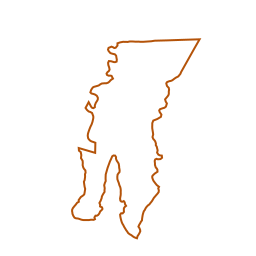 the district of Maracanã, Pará, Brazil, rotated 195°
{"feature_id": "56859067B55214548795281", "entity_name": "Maracanã", "entity_type": "district", "adm_level": 2, "iso_a3": "BRA", "parent_name": "Brazil", "parent_adm1": "Pará", "projection": "natural_earth1", "projection_center": [-47.491, -0.804], "detail": "fine", "context": "isolated", "style": "outline", "palette": "amber", "viewbox_px": 256, "rotation_deg": 195, "n_neighbors": 0, "source": "geoboundaries", "source_scale": "gbopen_adm2", "svg_char_len": 4094}
<svg xmlns="http://www.w3.org/2000/svg" viewBox="0 0 256 256"><g transform="rotate(195 128 128)"><path d="M160.1,207.1L159.5,204.9L160.7,202.3L162.0,201.7L163.2,202.1L165.0,202.3L166.0,201.5L167.5,200.4L167.6,198.5L166.5,197.2L165.4,196.5L164.4,195.8L162.2,195.7L159.8,195.8L158.2,194.8L157.2,192.6L156.5,191.2L156.2,189.2L157.4,188.3L158.7,188.0L161.6,188.1L163.8,187.7L164.1,185.8L163.3,183.7L161.8,181.5L160.9,179.6L161.3,177.9L162.2,176.8L162.8,175.0L162.1,173.9L160.3,173.5L158.7,174.0L157.4,174.1L155.3,171.8L156.6,170.4L157.4,169.2L158.0,167.9L159.0,166.6L160.5,165.6L162.1,165.2L164.8,164.2L166.2,162.9L166.9,161.9L167.9,161.1L171.6,158.9L172.5,158.0L173.4,155.5L173.6,152.7L172.3,151.9L169.9,151.9L168.6,151.8L166.5,151.1L165.0,149.5L164.6,148.1L164.7,146.8L165.6,144.0L165.9,141.4L165.4,139.5L166.6,138.2L167.8,138.2L169.0,138.9L172.7,142.8L173.4,139.7L174.2,136.4L172.4,134.9L170.3,133.8L168.5,133.7L166.6,133.2L164.6,130.4L164.1,128.8L164.0,127.0L163.9,124.8L164.1,122.0L164.6,119.5L164.9,117.0L165.1,114.7L165.2,112.2L164.9,110.1L163.9,107.9L163.0,107.0L161.3,106.0L159.8,105.6L157.6,105.5L155.7,105.3L153.3,95.5L170.4,95.9L169.5,93.4L167.4,92.5L166.1,89.8L165.6,86.7L164.4,85.6L163.3,84.5L162.6,82.4L162.2,80.4L161.2,78.6L160.1,77.3L158.2,76.0L157.4,73.8L157.6,72.3L156.8,69.7L156.4,66.4L156.7,64.7L155.7,62.3L154.7,60.0L153.6,58.1L153.4,56.3L153.2,54.4L153.1,52.6L153.7,51.5L154.5,50.5L155.7,49.1L156.5,47.0L157.0,45.6L156.4,44.0L157.8,42.6L158.7,40.3L159.4,38.9L160.5,36.4L160.8,34.6L160.5,33.2L159.9,32.0L159.4,30.7L158.0,28.9L156.4,27.5L154.8,27.3L153.0,27.6L151.8,27.6L149.7,27.4L148.4,27.4L146.9,27.6L145.8,27.9L144.0,28.4L142.0,28.9L140.3,29.7L139.0,30.1L137.4,30.4L136.3,31.4L137.3,33.0L136.7,34.9L135.4,35.2L134.3,36.3L133.6,38.0L133.3,40.2L132.2,41.9L131.7,43.2L132.5,44.6L134.7,45.0L135.0,46.6L136.2,48.2L135.6,50.6L135.3,53.5L135.5,55.1L135.2,56.6L134.7,58.5L134.1,60.2L134.6,61.8L134.9,63.8L136.2,66.6L136.1,69.1L135.8,71.0L136.5,73.1L136.9,74.7L137.5,77.4L137.4,84.2L137.0,88.7L136.8,91.0L136.3,93.8L135.9,96.6L134.9,97.7L133.3,98.0L132.0,96.8L131.7,95.3L130.5,93.6L129.1,92.4L127.9,91.3L127.3,90.2L126.6,88.5L126.2,87.2L125.6,86.1L125.0,84.5L124.8,83.2L125.4,82.0L126.0,80.3L125.7,78.1L125.0,75.8L124.0,74.3L122.8,72.7L121.5,70.5L120.2,68.9L119.5,67.6L118.9,66.1L118.4,64.0L118.0,62.7L117.7,61.2L117.6,59.9L117.4,57.8L116.6,55.9L115.4,55.2L114.2,55.4L113.2,56.3L112.0,55.4L111.1,53.6L109.7,52.3L110.7,50.9L111.2,49.4L110.8,47.7L110.2,45.9L111.1,44.1L112.5,43.9L113.2,42.3L112.5,40.5L111.6,38.7L110.6,36.9L109.7,35.5L108.7,34.2L107.6,33.2L106.0,31.4L104.4,29.9L103.3,28.8L102.1,27.9L100.7,26.6L98.9,25.8L97.1,25.4L95.3,24.6L93.8,24.1L92.4,23.9L90.8,23.8L90.8,26.0L90.3,27.4L89.8,29.1L89.4,31.4L89.9,32.7L91.0,34.2L92.4,35.4L92.1,37.5L91.6,39.1L91.3,40.6L90.6,42.4L90.9,44.0L91.1,45.7L91.3,47.8L91.3,49.5L91.2,51.6L90.5,53.4L90.3,54.8L89.7,56.5L88.7,58.4L87.6,59.7L87.0,61.2L86.4,62.5L85.8,64.0L85.4,65.5L84.9,67.3L84.2,68.7L83.5,70.2L82.5,72.2L81.8,74.0L82.1,75.8L83.2,77.6L82.8,79.2L85.4,80.3L87.2,81.6L88.2,82.4L89.4,83.3L90.5,84.5L91.7,86.3L92.1,87.7L91.4,89.3L90.3,91.0L88.2,93.4L88.8,95.3L89.8,96.4L90.9,97.0L92.4,99.3L92.8,100.8L93.7,103.1L93.6,104.6L92.5,105.6L91.0,105.5L88.6,106.4L87.4,108.1L88.2,110.1L89.9,109.8L91.7,110.1L93.5,111.7L93.6,114.1L94.4,115.5L95.4,117.4L96.7,118.6L97.0,120.2L98.3,122.2L99.7,123.3L100.8,124.0L102.0,125.6L102.0,128.3L102.8,130.2L103.8,132.4L104.5,134.0L105.0,135.7L105.3,137.1L105.8,139.0L105.5,141.7L102.0,144.3L99.1,147.3L99.2,149.6L100.1,150.4L101.6,151.7L102.4,153.1L101.9,154.5L99.5,156.1L98.0,157.0L96.9,158.5L96.8,161.8L98.4,163.3L99.6,165.3L98.1,168.5L97.5,170.0L97.4,171.5L98.1,174.1L98.2,175.5L99.0,177.3L101.1,178.6L101.8,179.6L102.6,181.1L102.1,182.5L100.1,184.0L98.9,184.5L97.5,185.6L96.3,187.2L94.8,189.0L92.8,190.8L91.4,193.9L91.2,195.7L84.5,222.0L81.8,232.2L101.0,226.4L112.1,223.0L124.9,219.2L128.0,217.8L135.9,215.1L138.7,214.4L140.4,214.1L142.7,213.4L145.3,212.9L147.0,212.5L148.8,212.0L150.5,211.1L152.8,210.5L155.0,210.0L157.7,208.7L160.1,207.1Z" fill="none" stroke="#b45309" stroke-width="2"/></g></svg>